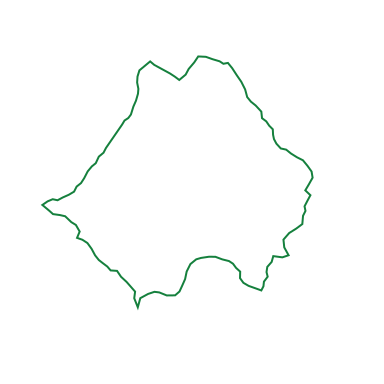 Nova Castilho, São Paulo, Brazil, rotated 307°
{"feature_id": "56859067B49471629499295", "entity_name": "Nova Castilho", "entity_type": "district", "adm_level": 2, "iso_a3": "BRA", "parent_name": "Brazil", "parent_adm1": "São Paulo", "projection": "albers", "projection_center": [-50.35, -20.782], "detail": "fine", "context": "isolated", "style": "outline", "palette": "green", "viewbox_px": 384, "rotation_deg": 307, "n_neighbors": 0, "source": "geoboundaries", "source_scale": "gbopen_adm2", "svg_char_len": 1701}
<svg xmlns="http://www.w3.org/2000/svg" viewBox="0 0 384 384"><g transform="rotate(307 192 192)"><path d="M316.7,143.0L313.3,139.9L313.0,135.4L310.4,128.4L308.3,121.7L304.0,115.4L296.8,115.8L288.3,115.3L281.9,116.3L273.8,114.4L273.8,108.9L273.4,103.0L270.8,85.4L271.1,80.0L257.5,76.8L251.4,79.0L246.4,82.3L242.1,87.1L238.0,89.7L231.2,92.3L224.9,93.8L217.1,96.6L212.7,96.6L208.5,95.1L203.8,95.6L175.4,96.8L170.1,97.7L164.2,96.3L157.1,97.8L152.2,96.6L145.7,96.3L138.0,97.6L132.3,98.0L126.9,96.6L121.3,97.6L115.7,95.3L109.9,92.1L104.5,89.6L102.4,85.1L97.6,82.3L91.6,80.3L91.1,89.8L90.7,94.3L94.1,100.4L96.3,105.3L95.3,113.7L95.8,119.1L92.8,126.1L86.2,127.8L87.9,133.2L88.3,139.2L86.2,146.0L83.1,152.7L81.6,158.5L81.5,163.3L81.5,169.2L80.4,174.2L83.9,179.6L81.6,186.3L80.8,194.0L78.2,206.5L72.4,209.8L67.3,218.1L76.1,214.6L84.2,218.3L89.7,222.1L92.1,226.3L94.2,234.1L99.3,240.7L105.0,241.9L110.6,240.7L118.3,238.9L125.3,235.6L133.5,234.1L140.8,235.9L144.8,238.9L150.4,244.4L154.3,249.6L156.4,256.7L159.1,263.1L159.4,267.9L157.9,272.9L157.4,278.4L152.1,282.2L150.4,287.7L151.1,293.7L153.7,302.0L155.1,306.6L159.7,305.8L163.7,303.4L169.9,303.4L172.9,299.7L177.5,297.2L184.1,297.7L189.7,295.5L194.2,303.5L199.6,307.2L203.3,299.0L209.0,293.7L217.7,294.3L225.6,297.3L232.8,299.4L239.8,295.0L245.2,294.0L248.3,290.5L254.2,289.5L260.7,288.5L261.5,281.5L268.7,280.7L276.0,279.7L280.3,275.2L282.4,268.5L284.1,261.5L282.9,254.9L282.3,247.9L282.5,241.7L280.2,236.7L281.4,230.3L283.6,225.6L286.5,222.3L290.7,218.8L291.4,213.8L293.1,208.8L293.1,203.5L297.9,199.0L299.4,190.8L299.6,184.7L301.0,179.0L305.9,172.7L309.7,165.0L312.2,157.5L315.1,149.5L316.7,143.0Z" fill="none" stroke="#15803d" stroke-width="2"/></g></svg>